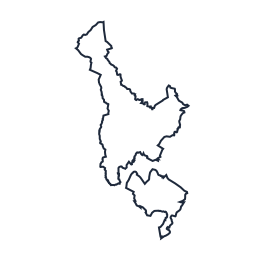 Muara Enim, Sumatera Selatan, Indonesia (Mercator projection), rotated 116°
{"feature_id": "22746128B32446581498560", "entity_name": "Muara Enim", "entity_type": "district", "adm_level": 2, "iso_a3": "IDN", "parent_name": "Indonesia", "parent_adm1": "Sumatera Selatan", "projection": "mercator", "projection_center": [104.014, -3.695], "detail": "fine", "context": "isolated", "style": "outline", "palette": "slate", "viewbox_px": 256, "rotation_deg": 116, "n_neighbors": 0, "source": "geoboundaries", "source_scale": "gbopen_adm2", "svg_char_len": 5797}
<svg xmlns="http://www.w3.org/2000/svg" viewBox="0 0 256 256"><g transform="rotate(116 128 128)"><path d="M63.3,208.6L64.5,209.3L67.3,209.6L69.0,211.4L69.6,211.5L71.0,210.4L71.8,210.5L72.2,210.9L73.0,210.8L73.7,209.0L77.2,208.8L78.3,209.0L79.2,209.7L79.9,206.9L82.1,202.7L82.4,201.0L82.7,197.7L81.7,195.7L81.4,193.8L81.5,192.5L82.1,191.5L84.5,191.0L85.2,190.3L85.3,189.5L87.5,189.0L90.5,187.9L92.4,187.8L92.1,179.6L92.2,175.8L97.3,175.6L100.3,173.7L100.5,173.9L100.3,173.7L102.9,170.1L103.8,169.5L105.6,169.2L107.4,167.3L108.1,167.1L109.1,166.1L109.8,166.2L110.6,164.8L112.3,163.9L113.1,162.0L114.9,161.0L115.1,160.5L114.9,159.2L115.4,158.0L115.1,156.6L115.2,156.1L119.5,154.9L121.0,152.8L123.1,152.3L124.1,151.7L127.6,155.5L130.1,154.7L131.1,154.8L131.6,154.1L133.4,154.3L134.0,153.8L135.9,153.6L137.3,153.9L138.6,152.6L139.1,152.5L141.2,152.9L143.3,152.1L143.3,152.5L146.2,151.2L147.4,150.0L150.2,148.6L151.9,146.6L152.6,146.4L153.0,146.7L153.7,146.5L153.9,146.2L154.0,143.9L154.5,143.2L155.2,142.9L157.1,140.8L157.3,138.9L159.6,138.2L162.0,136.7L163.5,135.3L165.2,137.3L165.7,137.6L167.2,137.3L167.6,136.8L169.2,136.0L170.6,136.9L171.5,136.8L172.3,137.0L175.0,135.9L175.1,135.6L173.7,133.4L174.1,131.0L175.6,130.7L176.3,129.1L178.1,128.5L178.3,128.1L179.0,128.1L179.6,127.5L180.8,127.3L181.1,126.7L182.3,126.5L182.4,125.8L183.7,124.8L183.7,124.0L184.2,123.7L184.1,123.2L185.0,122.5L185.0,122.0L184.8,122.0L185.7,121.1L185.5,120.8L186.1,120.0L186.0,119.5L186.4,119.2L186.4,118.2L186.7,118.1L185.6,116.1L185.4,115.1L184.7,114.7L183.9,113.9L183.9,113.5L182.4,112.7L181.8,112.1L182.0,111.5L181.7,111.0L180.6,111.4L179.9,111.1L178.9,112.6L178.0,113.3L178.0,114.3L177.2,114.8L176.0,114.9L175.9,115.2L174.9,115.2L174.6,115.6L174.3,115.4L173.1,116.0L173.5,116.9L173.0,117.4L172.4,117.0L171.8,117.2L168.2,119.0L167.7,119.0L166.8,118.7L165.6,117.5L165.4,116.8L166.1,115.5L165.7,111.7L165.6,112.3L165.3,112.4L164.1,111.9L162.0,113.0L157.9,112.4L159.2,109.6L159.3,109.0L158.9,108.6L158.1,109.2L157.2,109.0L156.4,109.3L155.3,109.0L155.7,108.1L154.4,108.0L154.9,109.4L152.1,108.8L151.9,109.4L150.7,109.7L149.5,109.3L148.3,109.4L147.9,109.6L146.2,109.3L145.7,108.6L145.9,108.3L145.7,107.9L144.3,106.5L145.6,104.8L146.0,103.8L145.7,103.4L145.8,103.0L144.0,103.0L144.6,102.4L145.3,100.6L144.9,98.5L145.3,98.0L146.3,97.9L146.7,97.4L146.5,96.3L146.7,95.6L146.8,91.4L144.4,89.2L144.3,86.8L143.3,87.5L142.9,86.8L142.5,88.1L141.7,87.7L139.7,86.2L138.8,87.2L132.6,87.6L131.3,87.3L130.6,93.6L128.7,92.9L125.0,92.8L120.1,91.4L118.6,89.7L117.5,86.4L114.9,84.8L114.4,83.3L114.0,83.3L112.7,84.2L111.0,84.4L110.6,83.8L110.8,83.0L110.5,82.3L109.9,82.1L108.3,82.7L107.8,82.5L107.2,83.1L106.4,82.6L105.6,83.0L105.2,82.9L104.8,81.7L104.4,81.7L103.2,82.4L102.4,82.5L100.0,84.6L99.2,85.0L97.4,84.9L94.5,85.9L92.4,85.7L90.4,85.1L89.3,84.1L88.3,84.9L88.2,85.6L89.0,88.7L88.2,88.8L86.3,87.9L85.1,85.9L82.9,83.9L81.5,83.3L81.1,85.1L82.5,86.6L82.4,88.9L81.4,90.3L81.1,94.3L78.6,97.9L78.3,98.9L77.7,98.3L77.7,99.3L76.6,98.5L76.0,98.7L75.3,100.8L74.6,101.8L72.9,102.6L72.2,103.2L73.1,106.8L73.1,107.7L72.0,108.5L71.9,110.0L73.9,110.4L75.2,110.5L76.3,110.2L82.9,105.6L87.4,108.8L88.0,108.8L95.2,113.3L96.3,113.6L98.5,113.3L99.2,114.6L100.4,114.2L100.6,114.5L100.2,115.0L99.2,114.9L99.6,116.1L98.6,117.0L98.8,117.3L99.5,116.9L99.9,117.2L99.4,118.0L99.9,120.2L97.5,121.2L96.5,122.1L97.4,123.8L99.3,123.9L99.5,123.6L99.7,123.8L99.6,124.7L99.1,125.1L99.8,127.1L97.4,126.6L95.7,127.6L95.9,127.9L96.3,127.7L96.3,128.4L97.1,128.5L96.9,129.1L97.8,130.0L97.9,130.6L97.7,131.2L98.0,132.2L99.2,132.7L99.3,133.4L98.9,134.3L96.3,135.0L95.7,135.6L95.9,136.1L95.7,136.4L94.6,136.5L94.8,136.9L94.4,137.7L95.3,139.5L94.1,141.8L92.5,143.0L92.5,144.3L93.3,145.8L92.5,147.2L92.5,148.4L92.0,149.4L92.3,150.6L92.0,152.3L92.1,153.2L91.5,153.3L90.9,154.0L89.6,154.9L88.6,154.3L88.0,154.3L85.3,157.1L83.2,158.2L83.2,158.8L84.7,160.2L84.8,161.1L82.3,162.9L81.9,163.8L79.6,163.8L78.9,165.0L79.2,165.9L79.1,166.8L78.6,167.4L78.2,168.8L78.3,171.1L77.9,171.7L77.7,172.9L76.9,173.5L75.6,176.2L75.0,176.8L74.8,178.4L73.8,180.1L72.7,178.9L70.2,179.0L68.7,178.5L68.2,178.8L67.9,179.8L66.7,181.1L63.5,177.6L63.2,177.5L62.5,178.5L61.6,179.0L59.8,184.5L59.7,186.2L50.4,192.6L43.4,196.5L44.1,197.1L45.0,199.5L46.2,201.1L49.6,202.1L52.7,204.1L56.4,204.5L59.1,205.7L62.0,206.1L63.2,207.4L63.3,208.6ZM159.6,47.0L159.7,49.8L158.2,54.7L157.1,61.6L156.4,68.9L155.6,70.7L153.5,73.0L156.8,74.2L156.1,74.6L156.1,74.8L157.3,75.5L157.1,75.7L156.1,75.4L156.8,77.6L156.4,77.9L156.8,79.6L156.7,80.3L155.1,82.0L153.9,83.8L153.7,85.2L154.3,87.9L157.8,88.6L158.6,88.6L162.6,87.5L164.7,86.6L165.6,86.6L168.2,87.7L170.8,88.4L167.0,95.2L166.5,96.7L166.1,99.6L165.1,99.7L164.0,101.5L164.1,102.6L165.0,103.8L165.7,103.8L167.1,104.5L169.0,104.8L174.5,104.6L177.8,105.0L181.9,103.6L182.7,103.5L182.9,94.9L185.0,94.7L185.7,92.5L188.6,91.6L190.3,89.4L191.0,90.4L192.1,88.5L193.8,86.2L193.6,83.7L194.1,81.8L192.9,82.5L192.8,79.9L194.2,75.8L195.6,74.9L196.2,75.2L198.1,72.5L197.1,69.3L193.6,69.2L191.1,68.0L190.7,67.5L188.9,64.2L189.0,63.6L188.4,62.9L188.1,60.4L187.4,59.6L187.4,58.2L186.8,57.7L186.8,57.1L187.8,55.6L188.3,55.5L188.8,54.7L190.9,53.9L191.8,54.1L192.1,54.7L192.5,54.8L194.5,54.0L194.7,54.7L195.1,54.7L198.9,54.4L202.7,55.4L203.8,56.6L211.2,51.3L211.4,51.1L210.8,50.4L212.6,49.8L209.4,48.0L208.3,46.9L205.9,45.3L203.9,44.5L203.0,44.7L202.1,45.8L201.8,46.3L201.9,48.0L201.6,49.0L201.2,49.1L200.3,49.2L199.5,48.8L199.8,47.7L199.4,47.2L197.3,47.5L194.5,46.3L193.6,46.6L192.2,48.1L191.4,48.5L190.0,50.4L189.2,50.6L187.6,50.4L187.2,49.8L186.7,46.8L186.3,46.6L183.4,47.2L182.4,47.2L179.2,45.5L177.7,45.3L175.2,45.9L174.2,45.5L170.2,45.1L171.4,47.2L171.7,48.9L169.6,46.9L167.1,45.6L165.7,46.0L163.0,47.3L161.8,47.2L160.6,46.2L159.6,47.0Z" fill="none" stroke="#1e293b" stroke-width="2"/></g></svg>